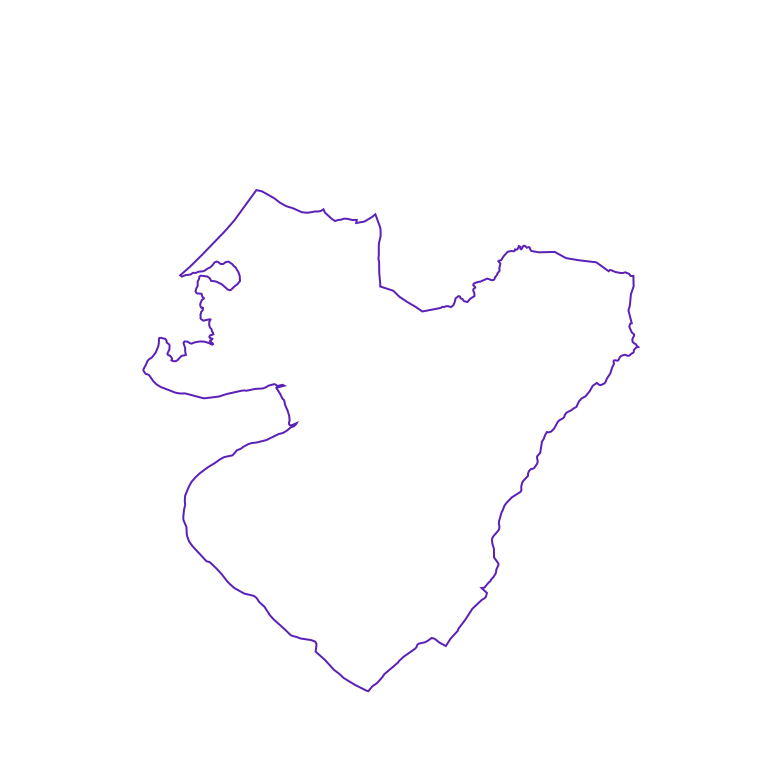 Eratap, Shefa, Vanuatu, rotated 44°
{"feature_id": "77236927B93199120734028", "entity_name": "Eratap", "entity_type": "district", "adm_level": 2, "iso_a3": "VUT", "parent_name": "Vanuatu", "parent_adm1": "Shefa", "projection": "albers", "projection_center": [168.385, -17.773], "detail": "fine", "context": "isolated", "style": "outline", "palette": "violet", "viewbox_px": 768, "rotation_deg": 44, "n_neighbors": 0, "source": "geoboundaries", "source_scale": "gbopen_adm2", "svg_char_len": 6153}
<svg xmlns="http://www.w3.org/2000/svg" viewBox="0 0 768 768"><g transform="rotate(44 384 384)"><path d="M259.9,267.9L259.4,272.3L257.1,280.7L252.2,287.5L250.4,284.9L247.2,288.1L243.1,290.5L240.4,292.8L238.8,295.9L237.4,297.4L235.6,300.7L232.0,301.5L222.4,301.7L219.1,300.4L218.3,303.5L217.0,305.4L214.5,307.9L210.2,313.8L205.6,317.5L196.7,320.7L189.9,324.1L183.0,325.9L176.2,326.6L162.3,330.2L157.5,333.2L162.7,370.2L163.4,384.7L163.4,418.0L163.0,434.4L161.9,447.4L164.0,447.2L165.6,443.6L168.9,439.5L169.3,436.8L171.5,434.7L172.5,432.2L176.0,428.0L177.0,423.3L178.0,420.7L178.1,417.1L177.6,414.3L178.7,412.1L180.1,411.4L182.7,411.3L184.0,410.4L185.0,409.3L185.4,406.3L187.1,404.0L191.6,403.2L194.2,403.5L196.1,403.2L201.8,404.8L205.3,406.6L208.9,410.0L209.2,414.1L208.6,418.2L208.6,422.3L207.8,423.8L206.0,424.6L197.2,425.0L196.1,425.7L192.6,426.7L190.8,427.7L188.1,429.9L185.3,428.9L182.1,429.5L177.1,433.2L176.7,434.0L176.7,435.1L178.0,437.0L178.8,439.8L181.7,442.7L182.7,445.9L184.0,448.2L185.4,448.7L186.7,448.7L189.8,446.0L190.8,446.1L191.8,447.1L192.9,447.4L194.9,447.3L195.1,447.7L194.6,450.1L196.2,454.1L197.6,455.4L199.2,456.0L200.0,455.9L200.5,455.0L201.1,455.0L202.4,457.2L202.5,459.3L203.3,460.3L203.7,461.6L205.2,462.7L206.1,464.0L207.0,464.4L210.0,464.0L213.8,458.3L214.5,458.2L215.2,460.8L217.5,463.2L219.7,464.3L221.9,464.4L223.7,465.6L225.3,465.9L226.7,466.7L226.2,468.1L225.1,469.7L225.4,471.1L226.1,471.7L227.2,471.7L228.2,471.0L229.2,470.8L229.4,472.1L228.8,473.5L229.0,474.1L232.8,473.8L233.3,474.1L232.9,475.2L229.3,476.3L225.4,478.3L222.0,481.3L219.0,485.4L217.5,488.7L215.9,489.5L213.3,490.0L211.0,491.9L211.0,493.1L211.5,493.9L216.2,496.4L217.8,498.2L221.3,500.8L218.8,504.5L218.9,510.6L218.2,512.4L216.6,514.0L214.6,514.6L214.0,513.0L212.1,512.4L210.3,512.3L208.9,513.1L207.5,513.0L206.7,511.6L205.6,508.2L203.2,505.4L202.0,504.8L198.9,505.1L197.3,503.8L195.3,503.5L191.6,505.7L190.5,506.8L190.6,507.8L193.0,510.2L195.4,513.6L197.9,519.9L198.6,526.0L197.8,529.8L197.9,531.9L199.3,535.3L200.7,540.3L201.6,541.5L205.3,542.3L208.0,541.0L209.5,540.9L215.9,542.2L220.6,542.3L225.6,541.2L240.2,535.0L243.8,532.6L247.5,528.9L263.6,519.9L264.7,519.1L273.9,507.8L277.9,500.3L286.2,487.8L288.1,485.5L289.6,484.6L294.6,477.2L299.9,471.4L301.3,468.5L302.1,465.4L304.9,460.7L305.6,460.0L308.8,459.4L311.5,455.1L313.5,454.5L310.2,459.8L309.2,460.7L309.1,461.4L309.5,461.7L315.7,463.1L321.3,465.1L323.4,465.0L327.4,467.8L332.9,470.0L338.0,472.8L341.4,475.8L342.8,478.2L343.7,478.9L345.0,479.0L346.0,478.3L348.4,472.8L348.7,474.1L348.5,477.0L347.1,480.0L346.5,485.2L345.4,489.3L343.0,493.1L338.3,506.1L333.0,514.6L329.7,518.6L328.0,522.0L326.4,527.1L326.0,530.0L324.3,533.7L324.6,540.5L319.9,547.5L318.4,551.9L317.3,558.1L315.3,565.6L313.6,575.6L313.2,581.9L313.5,588.1L315.1,593.8L318.5,602.4L321.7,606.3L324.9,609.0L327.4,613.2L332.1,619.2L334.1,621.1L341.3,624.2L346.8,629.3L349.4,630.9L353.3,632.7L359.0,633.7L379.5,634.8L381.9,633.4L382.9,633.2L391.9,633.1L399.5,633.6L407.9,634.8L412.3,635.0L418.3,634.7L428.9,631.9L437.4,626.9L439.1,626.5L441.2,626.5L445.8,627.5L452.8,627.3L462.6,629.6L468.3,630.0L483.2,629.4L491.1,629.5L493.4,628.7L496.8,626.7L500.8,625.0L509.5,618.8L513.5,617.1L515.4,617.7L517.1,619.1L520.7,624.0L533.0,623.5L546.6,624.4L553.0,623.6L559.3,623.5L572.1,620.6L584.6,616.7L586.1,615.9L585.6,609.4L586.7,604.4L586.5,596.2L585.8,592.5L587.6,574.5L587.2,573.3L587.6,566.5L590.2,553.1L590.2,550.9L589.2,548.6L589.2,546.9L593.0,541.1L594.0,537.7L594.7,533.5L597.4,532.1L603.6,531.5L610.5,529.5L608.8,521.1L608.5,510.4L607.5,508.0L606.2,497.0L603.7,484.2L604.3,471.6L605.1,468.4L605.2,466.4L603.2,462.8L595.9,463.0L597.7,460.6L597.2,454.4L597.5,451.7L596.9,450.9L596.8,447.1L596.2,443.5L595.3,441.5L593.7,439.4L592.0,434.6L591.0,433.7L583.6,432.3L577.6,426.2L573.1,423.7L570.1,421.3L569.0,419.8L568.4,417.2L568.1,410.5L567.7,408.8L566.8,407.2L565.3,405.7L564.0,405.1L562.1,402.8L557.5,394.2L557.3,392.7L555.2,388.0L554.7,384.4L554.7,376.7L557.1,366.8L556.6,364.9L554.1,362.6L551.9,359.0L551.5,356.9L551.4,350.1L550.0,348.6L548.8,346.1L548.8,343.2L550.0,341.4L550.4,340.1L549.6,335.4L548.9,333.6L547.5,332.2L545.6,331.0L544.4,329.7L544.2,325.0L537.7,315.8L537.1,312.8L535.3,308.6L534.5,305.4L535.7,304.8L537.3,302.1L537.3,297.7L535.3,290.5L535.4,288.2L536.6,284.0L536.5,282.3L535.5,280.5L535.2,277.8L537.0,272.5L537.3,270.3L538.3,266.8L536.3,261.0L536.2,256.9L537.5,253.1L537.0,246.5L535.4,240.3L536.4,235.3L539.1,235.2L540.7,234.3L542.2,230.3L541.8,228.1L540.7,225.8L539.5,219.3L536.6,213.5L535.4,209.7L533.5,208.4L533.1,207.4L533.6,206.5L535.9,204.9L536.0,203.9L535.1,201.1L535.0,199.7L535.6,197.9L537.0,195.6L539.6,194.5L540.8,193.1L540.9,190.3L541.5,188.7L541.5,187.7L540.2,185.9L540.0,182.9L541.2,180.8L539.2,180.9L537.7,180.4L535.4,181.0L533.4,180.9L531.6,179.4L530.2,175.3L529.4,174.6L526.5,174.8L520.7,172.4L519.5,170.4L519.4,168.8L520.0,168.2L508.8,161.3L506.3,156.7L499.4,148.1L495.7,140.3L488.3,133.0L486.3,135.0L483.9,134.5L479.9,136.1L478.9,138.0L477.1,139.8L472.6,142.7L468.1,144.4L467.3,145.3L467.3,146.8L452.2,149.0L438.1,159.7L427.5,167.0L415.1,170.4L403.8,181.8L397.7,185.9L396.0,185.7L394.4,184.8L393.3,184.7L392.0,186.8L389.4,186.7L388.5,187.6L388.3,188.7L388.3,189.2L388.9,189.5L389.2,191.6L389.0,191.9L388.2,191.9L386.3,190.7L385.2,191.1L386.3,193.8L386.3,195.0L384.8,196.2L385.4,196.9L385.3,198.2L383.4,199.7L381.1,202.9L381.3,209.1L382.3,213.5L381.1,215.3L381.0,216.2L384.1,216.6L386.4,220.4L388.5,222.3L388.8,225.6L389.6,227.3L389.7,229.8L390.6,231.9L390.6,232.9L389.6,234.4L385.1,236.4L382.1,243.6L380.8,245.1L379.0,248.8L379.0,250.0L379.5,250.9L381.7,250.9L382.7,251.3L382.3,253.3L383.3,254.9L385.7,255.8L388.0,257.9L386.8,262.8L387.1,267.0L384.2,268.8L381.3,268.4L379.6,269.2L378.5,268.5L377.6,268.4L376.6,269.0L376.0,272.6L378.0,276.0L379.2,279.4L378.7,282.2L375.9,283.6L374.5,285.1L373.7,287.0L372.3,288.0L372.1,289.5L370.8,291.6L361.2,305.2L353.4,306.5L343.0,309.0L334.6,310.5L325.8,310.5L313.5,316.5L311.7,314.5L303.6,307.6L295.6,299.5L292.9,297.7L290.5,294.6L284.6,288.6L282.1,285.5L278.8,279.9L274.9,275.9L272.5,274.0L259.9,267.9Z" fill="none" stroke="#5b21b6" stroke-width="2"/></g></svg>